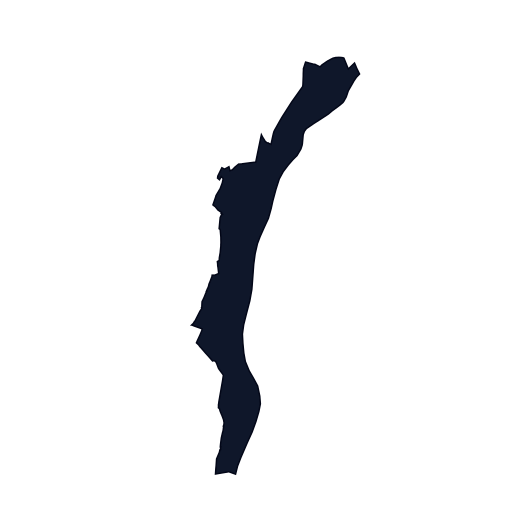 Pļaviņas, Plavinu, Latvia, rotated 293°
{"feature_id": "27541924B71178019196627", "entity_name": "Pļaviņas", "entity_type": "district", "adm_level": 2, "iso_a3": "LVA", "parent_name": "Latvia", "parent_adm1": "Plavinu", "projection": "equal_earth", "projection_center": [25.73, 56.614], "detail": "fine", "context": "isolated", "style": "filled", "palette": "ink", "viewbox_px": 512, "rotation_deg": 293, "n_neighbors": 0, "source": "geoboundaries", "source_scale": "gbopen_adm2", "svg_char_len": 3856}
<svg xmlns="http://www.w3.org/2000/svg" viewBox="0 0 512 512"><g transform="rotate(293 256 256)"><path d="M464.0,280.2L465.6,278.3L465.8,278.1L467.7,275.9L468.2,275.3L469.8,273.7L472.1,271.3L465.8,268.6L464.2,267.9L469.0,263.1L472.5,259.6L472.5,258.8L472.3,257.8L471.8,256.2L471.2,254.6L470.2,252.6L470.0,252.0L469.7,251.7L469.4,251.3L468.8,250.4L468.1,249.5L467.1,248.7L466.2,247.9L464.5,246.6L463.7,245.9L461.9,244.7L460.1,243.6L457.8,242.1L455.2,241.1L455.2,239.7L455.3,237.8L455.5,235.2L455.3,234.9L455.1,234.6L455.0,234.1L454.9,233.0L454.6,230.9L454.3,229.1L454.3,228.5L454.2,227.9L454.1,227.3L454.0,226.6L453.9,225.9L452.2,226.0L450.5,226.2L450.0,226.2L446.8,226.5L446.0,226.9L442.5,228.2L440.1,229.2L432.2,232.2L430.5,232.7L430.4,232.8L425.9,231.8L411.8,228.7L403.0,227.2L401.2,226.9L396.5,226.1L393.4,225.6L390.1,225.2L385.6,224.7L382.8,224.4L379.4,224.0L377.5,223.9L375.2,224.2L370.8,225.0L368.3,225.5L366.6,225.8L365.8,226.0L365.5,226.1L364.6,226.2L364.7,224.9L364.6,223.8L364.6,223.6L364.8,223.4L364.7,223.3L364.7,222.7L364.5,221.9L364.7,220.9L364.9,220.5L365.0,220.4L365.0,220.1L365.0,219.9L364.9,219.7L365.5,219.2L367.8,215.9L368.6,214.9L369.7,213.6L364.5,214.6L350.1,217.5L342.2,219.1L341.4,217.4L335.5,207.3L335.3,207.1L335.1,206.9L333.8,204.1L329.4,201.8L326.0,200.5L324.3,198.7L327.6,196.2L326.4,195.3L323.7,193.1L323.9,190.1L314.4,189.6L313.9,189.9L312.7,190.1L311.9,192.6L315.5,193.0L314.4,195.6L310.0,196.4L305.9,196.6L304.0,196.7L302.0,196.4L300.4,196.2L298.3,195.9L296.0,195.6L294.8,195.8L286.2,196.4L285.8,197.8L285.5,199.2L283.4,203.2L282.6,207.3L281.6,207.2L281.3,208.8L280.2,208.1L277.5,208.0L274.9,208.8L266.7,211.4L266.4,212.7L260.0,216.1L259.9,216.2L259.4,216.4L255.1,218.3L253.9,218.8L253.2,219.0L251.3,219.8L250.3,220.1L247.4,221.0L245.3,221.7L240.2,222.9L237.4,223.9L236.5,223.1L235.8,222.6L233.7,223.8L232.0,224.6L230.3,225.7L229.9,225.9L226.0,228.1L225.3,228.5L222.3,225.6L221.2,223.1L220.1,223.5L216.9,223.6L215.1,223.7L213.5,223.7L211.9,223.7L210.3,224.0L208.6,224.2L206.9,224.1L204.1,224.1L204.2,224.5L202.2,224.3L198.3,224.4L197.7,224.4L194.5,224.3L193.5,224.2L192.9,224.2L191.5,224.7L187.5,226.2L187.2,226.0L186.8,226.4L185.9,226.5L184.3,226.2L183.4,226.0L171.7,225.2L171.6,224.9L171.2,224.9L170.7,224.9L170.4,224.8L170.0,224.7L169.6,224.7L169.2,224.6L168.7,224.3L168.5,224.2L168.2,224.1L167.8,223.9L167.3,223.7L167.4,224.0L167.4,225.0L167.4,226.1L167.7,231.2L167.8,232.8L167.9,234.4L167.9,234.9L166.6,235.2L166.2,235.3L161.2,235.3L155.0,235.1L152.8,235.1L151.7,238.2L151.6,238.3L151.4,238.5L150.5,240.1L150.1,241.1L146.8,247.8L145.5,250.7L142.4,257.0L142.5,257.1L142.6,257.3L143.0,257.8L143.4,258.4L143.0,260.3L142.1,261.3L141.9,261.6L138.1,265.2L137.3,266.3L133.9,272.1L133.3,272.6L130.6,273.3L127.9,274.0L107.7,278.7L106.0,279.2L104.3,279.6L103.0,280.2L101.6,280.7L101.2,282.0L99.3,283.5L96.9,285.9L96.1,286.8L92.6,290.1L90.0,291.8L87.9,292.4L87.5,292.4L87.6,292.5L85.0,293.2L83.0,293.8L82.4,293.9L81.4,294.2L81.0,294.1L74.9,295.2L68.9,296.9L66.4,297.7L66.6,298.1L65.4,298.4L63.9,299.1L63.4,298.5L61.0,299.0L53.8,299.0L52.1,299.6L47.8,301.1L43.5,302.5L41.5,303.2L39.5,303.9L41.7,307.3L46.3,314.5L46.8,315.2L47.2,322.4L55.5,321.1L64.7,320.8L81.2,320.9L92.5,321.2L103.6,320.6L113.9,319.4L121.6,317.8L128.5,314.2L137.0,308.3L142.5,301.4L147.7,294.5L154.7,287.4L161.9,282.7L170.6,278.0L178.8,274.0L187.9,271.5L199.4,269.7L212.4,267.8L223.7,265.2L232.9,262.1L247.6,257.1L257.8,254.3L268.0,252.5L275.3,252.2L286.4,252.4L295.5,252.7L305.6,251.4L313.1,250.0L325.2,248.3L336.1,247.3L344.3,248.1L352.6,250.2L359.1,252.3L364.5,254.5L372.0,255.5L375.7,255.2L377.5,254.8L386.2,252.0L389.7,251.8L393.0,252.6L400.7,257.5L407.1,261.9L414.9,267.1L419.1,269.2L427.8,274.3L431.2,276.0L432.9,276.4L437.7,276.9L444.2,276.4L451.6,277.3L455.3,277.7L459.8,278.6L464.0,280.2Z" fill="#0f172a" stroke="#020617" stroke-width="1.5"/></g></svg>